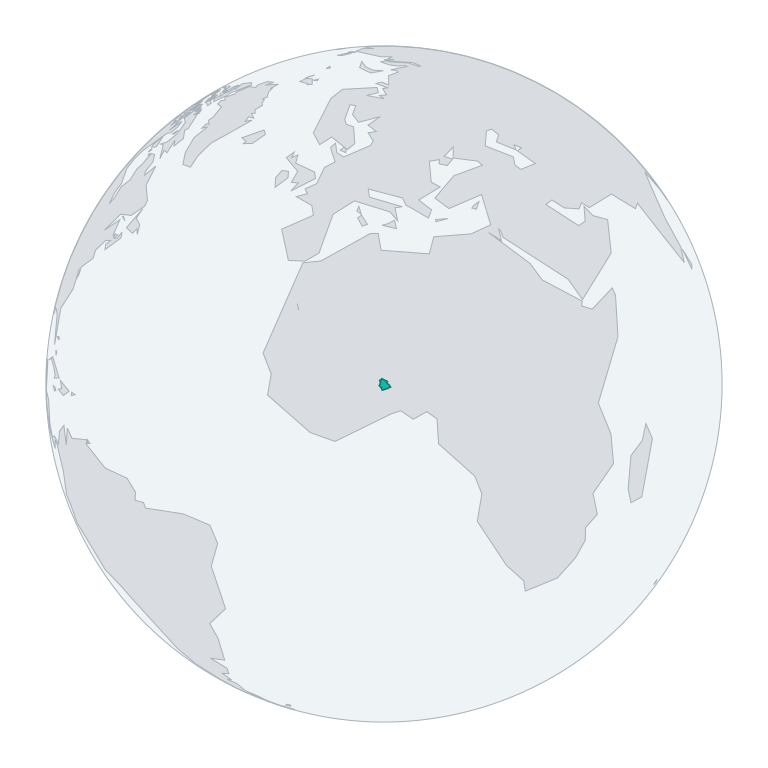 Alibori highlighted on a globe, orthographic projection, rotated 343°
{"feature_id": "BEN-2170", "entity_name": "Alibori", "entity_type": "Department", "adm_level": 1, "iso_a3": "BEN", "parent_name": "Benin", "parent_adm1": "", "projection": "orthographic", "projection_center": [2.909, 11.459], "detail": "fine", "context": "on_globe", "style": "filled", "palette": "teal", "viewbox_px": 768, "rotation_deg": 343, "n_neighbors": 0, "source": "natural_earth", "source_scale": "10m", "svg_char_len": 9892}
<svg xmlns="http://www.w3.org/2000/svg" viewBox="0 0 768 768"><g transform="rotate(343 384 384)"><circle cx="384" cy="384" r="338" fill="#eef3f6" stroke="#a8b0b8"/><path d="M284.8,61.0L263.3,68.7L269.2,66.7L259.5,71.4L262.7,71.2L255.2,74.4L264.2,71.7L270.5,68.9L276.5,67.0L279.0,67.0L269.8,70.7L267.3,71.2L265.9,72.4L260.2,74.4L264.4,73.4L253.0,78.6L267.8,73.7L261.7,78.0L253.2,81.5L249.6,80.8L220.9,90.6L211.2,95.7L201.1,102.7L191.6,115.4L182.7,122.0L174.0,131.1L180.8,127.1L190.1,118.7L200.8,114.5L210.9,105.9L216.7,103.3L228.9,95.6L231.8,97.5L228.1,103.9L218.1,110.8L216.1,114.3L229.5,108.9L214.7,124.2L211.4,139.4L207.0,144.0L191.5,148.9L181.8,144.6L161.7,155.1L179.5,149.6L168.3,162.7L168.4,165.8L171.8,166.4L177.9,162.2L175.1,167.5L156.5,173.9L158.7,169.1L164.6,166.8L159.9,165.4L147.3,171.6L142.6,178.7L128.5,183.7L125.0,189.2L120.0,194.0L126.5,184.6L114.5,202.2L97.1,217.0L80.4,250.1L91.7,222.2L92.6,217.1L92.1,215.1L89.1,220.3L92.4,213.2L105.9,192.0L120.9,171.9L137.4,153.0L155.2,135.3L174.3,119.0L194.6,104.2L215.9,90.9L238.1,79.2L261.1,69.2L284.8,61.0ZM65.9,269.9L69.0,261.8L69.7,262.4L59.2,291.3L58.7,300.9L52.9,324.0L51.4,337.9L53.7,337.4L55.2,346.1L59.9,334.2L65.8,330.0L62.3,349.4L68.3,333.6L69.7,344.7L83.6,350.5L81.6,354.4L92.8,382.9L110.6,398.9L114.7,414.5L112.0,422.5L119.4,427.1L119.6,432.9L154.3,449.7L176.2,468.1L178.3,488.0L165.5,507.7L166.8,552.6L147.3,562.1L151.0,579.3L150.9,601.5L137.9,595.5L150.7,609.9L150.9,615.6L144.9,613.5L151.7,622.3L147.7,620.5L156.0,627.8L161.4,636.3L173.6,646.8L180.5,653.5L188.8,659.5L187.0,658.4L188.3,659.5L192.3,662.3L160.3,637.3L159.2,636.3L158.4,635.5L153.7,631.3L142.2,619.6L143.8,621.6L122.1,596.5L109.3,576.8L79.7,514.3L73.4,500.1L63.2,480.2L49.8,426.2L49.2,407.9L48.1,397.3L51.9,373.4L53.7,346.4L53.1,341.3L50.7,349.6L51.2,328.5L55.1,307.4L56.8,299.5L65.9,269.9ZM75.2,261.0L75.1,283.3L70.4,281.8L72.1,279.4L73.2,271.2L73.4,262.2L70.7,262.8L75.2,261.0ZM85.7,245.5L85.4,243.2L86.4,244.1L85.7,245.5ZM226.5,95.2L227.7,95.4L224.8,96.7L226.5,95.2ZM230.7,91.9L226.6,93.3L227.9,92.0L230.5,91.2L230.7,91.9ZM235.5,90.6L230.9,89.6L233.4,87.4L245.2,82.6L235.5,90.6ZM271.4,68.1L264.8,71.0L268.0,68.8L271.4,68.1ZM271.9,67.2L273.1,64.9L284.0,61.3L281.4,62.4L293.7,58.5L298.4,57.7L292.7,59.7L284.8,62.0L292.7,60.1L271.9,67.2ZM279.2,66.1L278.4,65.6L287.8,62.3L291.0,62.7L287.0,63.6L279.2,66.1ZM302.6,56.0L308.0,54.8L311.7,54.0L299.5,57.4L294.6,58.1L302.6,56.0ZM286.1,64.3L292.4,63.1L290.2,64.8L280.5,66.4L286.1,64.3ZM288.9,61.5L293.5,60.0L292.0,60.9L288.9,61.5ZM286.0,71.3L284.9,70.1L289.7,68.2L286.0,71.3ZM294.9,62.5L295.6,62.0L297.4,61.3L301.0,60.9L294.9,62.5ZM304.5,56.6L305.4,56.7L309.8,55.0L314.4,54.5L305.4,57.1L311.2,55.8L312.7,55.7L303.7,58.0L304.5,56.6ZM310.0,58.6L300.1,62.6L301.1,64.8L296.8,66.4L296.0,62.7L310.0,58.6ZM307.1,58.0L307.9,58.6L302.2,60.0L298.1,60.4L307.1,58.0ZM320.8,53.5L316.1,53.6L318.2,53.1L320.8,53.5ZM311.4,58.9L313.7,58.0L312.1,58.8L311.4,58.9ZM319.2,54.7L317.2,54.6L319.7,54.0L319.2,54.7ZM320.1,56.4L316.9,57.6L314.0,57.7L320.1,56.4ZM320.6,55.4L324.5,54.6L314.9,57.1L319.3,55.4L320.6,55.4ZM321.9,54.1L322.7,53.8L322.3,54.3L321.9,54.1ZM332.9,55.7L321.5,58.8L315.1,58.9L327.0,55.8L332.9,55.7ZM193.1,662.8L189.5,660.1L203.0,668.8L203.5,669.6L197.0,665.5L193.1,662.8ZM196.2,662.5L197.6,661.9L200.8,663.8L200.6,664.8L196.2,662.5ZM707.1,284.9L708.7,291.1L704.9,278.9L695.5,257.5L696.7,269.1L701.2,307.3L707.8,339.4L706.7,355.7L690.4,314.2L679.2,285.1L675.8,289.9L657.0,268.9L631.8,275.3L626.0,268.4L621.7,273.5L608.1,268.4L598.4,257.1L591.2,259.6L616.5,289.5L624.0,287.1L627.2,272.6L633.1,284.1L645.9,292.2L639.6,325.1L598.5,361.3L590.8,337.8L540.8,278.6L540.3,271.2L539.9,270.5L539.1,269.1L538.2,281.3L528.4,269.8L559.0,311.6L565.7,330.7L597.9,362.9L595.8,367.1L605.1,373.3L630.4,358.8L631.3,366.9L621.6,407.1L583.4,464.9L586.4,498.1L580.2,527.2L551.9,549.7L549.9,571.0L534.7,580.3L530.7,592.4L516.0,606.4L493.0,620.2L458.6,623.4L460.0,613.0L448.1,593.2L433.1,542.6L445.5,517.6L443.9,498.6L418.7,457.2L424.5,432.8L416.8,423.0L401.6,426.2L392.3,414.5L382.7,414.6L320.4,424.6L299.3,408.9L269.4,360.6L279.1,341.4L277.4,319.1L341.9,244.3L359.5,247.9L414.9,236.1L422.5,238.3L420.3,255.2L465.3,272.8L474.7,257.8L511.2,265.9L532.6,263.0L532.7,231.3L497.4,235.2L487.0,221.1L511.8,205.2L542.0,203.6L538.9,198.3L516.2,188.1L519.5,177.5L508.0,184.0L515.4,188.9L508.3,193.6L501.1,189.5L502.6,185.6L492.5,184.2L488.2,204.8L495.3,212.0L471.0,218.2L480.4,231.3L475.1,238.3L457.2,219.1L456.2,211.6L425.9,192.9L424.8,201.1L453.3,219.8L446.0,218.7L444.8,231.7L440.0,221.1L409.2,200.2L384.8,206.9L360.1,239.8L344.6,243.4L328.7,237.9L331.4,206.0L365.8,202.0L367.2,192.2L354.9,179.2L366.4,179.6L365.6,174.3L378.1,172.8L390.4,159.5L402.2,157.4L402.0,142.2L408.1,139.5L406.5,148.9L411.7,155.1L440.7,152.0L444.8,148.5L442.3,139.2L450.5,140.2L444.4,131.8L458.6,127.2L436.2,126.3L432.7,117.1L438.4,109.7L433.2,106.9L423.9,119.3L423.8,124.6L430.1,129.2L426.3,145.6L417.5,149.1L406.2,132.5L392.5,136.3L389.8,123.2L416.7,95.4L430.5,90.1L464.0,98.4L463.8,103.7L451.6,103.0L467.5,111.2L464.0,106.8L470.8,108.2L469.2,101.1L474.0,101.8L464.3,94.3L469.9,94.5L476.0,99.2L478.5,90.4L488.9,89.9L487.2,87.7L482.3,85.5L498.8,87.1L496.8,85.5L490.6,84.2L482.6,80.4L474.8,74.9L480.9,75.7L484.5,77.8L501.4,84.2L510.2,90.6L511.9,90.5L505.7,85.2L485.2,77.3L478.7,73.8L488.6,76.7L484.5,75.4L483.3,74.0L487.7,73.6L476.9,70.3L454.6,57.6L461.0,56.9L472.3,60.2L463.2,55.7L469.1,57.0L492.6,64.0L515.6,72.8L537.9,83.2L559.4,95.1L579.9,108.6L599.4,123.6L617.7,140.0L634.9,157.6L650.7,176.4L665.0,196.4L677.9,217.3L689.3,239.1L699.0,261.7L707.1,284.9ZM324.6,281.8L323.9,288.5L324.6,281.8ZM577.6,218.8L593.2,217.4L579.7,199.9L584.6,198.3L578.3,193.3L578.7,198.7L562.2,185.3L566.6,179.1L561.4,171.8L555.9,172.0L550.4,185.9L574.1,204.6L573.2,212.8L577.6,218.8ZM84.1,350.5L85.4,355.0L82.8,354.1L84.1,350.5ZM67.3,289.0L68.4,290.7L68.2,294.4L66.9,294.3L67.3,289.0ZM82.9,300.6L85.4,303.8L81.7,303.7L82.9,300.6ZM75.6,286.3L80.8,298.8L73.9,301.2L71.0,293.7L74.4,294.2L75.6,286.3ZM80.2,255.5L80.4,257.7L78.7,260.8L80.2,255.5ZM86.5,246.3L86.0,246.2L87.0,243.1L86.5,246.3ZM169.4,162.2L170.8,161.9L173.1,163.6L169.8,165.0L169.4,162.2ZM196.9,160.3L191.8,168.9L193.1,163.3L187.5,166.3L183.4,159.2L204.6,145.9L195.7,152.8L196.9,160.3ZM183.8,147.3L184.0,152.4L182.9,147.4L183.8,147.3ZM348.9,150.0L354.8,152.7L352.5,158.7L337.4,164.1L340.6,155.1L348.9,150.0ZM363.7,155.4L356.8,139.0L365.9,136.0L362.0,140.3L368.7,139.9L364.1,146.9L379.6,161.0L378.6,167.5L351.3,172.2L360.8,166.7L354.4,164.0L363.7,155.4ZM323.0,111.7L320.1,107.0L343.6,106.0L343.6,110.6L328.6,115.5L319.7,113.0L323.0,111.7ZM257.2,83.4L254.5,83.5L257.1,82.2L261.4,81.1L257.2,83.4ZM285.1,70.9L271.3,82.6L267.6,83.0L263.9,90.7L252.7,95.0L255.4,89.7L244.1,99.4L242.1,96.3L235.5,103.1L242.8,90.7L240.5,89.2L247.3,89.1L257.6,85.0L261.4,82.8L270.5,75.7L270.7,71.4L281.0,67.5L288.3,66.0L289.8,66.4L282.6,68.5L289.8,67.6L280.6,71.2L285.1,70.9ZM366.8,63.3L357.8,63.4L370.7,66.4L361.5,68.2L363.6,68.5L358.7,71.3L356.3,75.4L351.5,75.9L352.6,77.4L349.4,79.6L349.3,82.0L340.7,84.0L340.0,87.3L336.3,86.5L337.3,91.7L332.7,88.9L328.1,92.2L335.0,93.2L288.8,103.2L273.0,111.3L262.2,120.0L255.8,115.2L261.7,104.6L274.3,92.9L290.4,86.5L284.6,86.1L290.6,83.1L292.7,84.7L293.1,80.6L298.6,78.8L309.7,71.4L306.8,67.7L310.9,65.4L314.7,65.9L316.0,63.3L326.1,63.0L329.2,61.5L342.2,60.2L347.9,62.9L350.9,61.1L361.0,60.7L366.8,63.3ZM336.5,55.4L345.4,57.1L344.8,59.2L322.4,60.7L318.2,62.1L303.8,64.2L305.0,61.3L309.0,60.9L313.2,59.9L311.1,61.2L315.9,59.4L321.6,59.0L326.8,57.6L328.3,58.4L336.5,55.4ZM428.6,231.6L434.0,231.9L442.0,230.5L441.3,239.1L428.6,231.6ZM407.4,217.4L411.9,216.0L414.8,226.5L409.2,226.6L407.4,217.4ZM411.9,206.9L411.9,215.1L408.6,210.7L411.9,206.9ZM410.4,147.5L415.0,146.0L416.4,148.1L415.1,151.6L410.4,147.5ZM402.9,76.4L397.9,75.2L398.6,74.3L392.0,70.2L398.2,69.0L404.7,71.1L402.9,76.4ZM528.1,237.3L523.4,243.9L519.5,241.4L521.9,239.6L528.1,237.3ZM481.4,241.7L493.3,244.5L481.1,244.0L481.4,241.7ZM408.6,74.5L405.1,72.8L410.4,73.3L408.6,74.5ZM402.4,68.1L408.2,68.3L398.2,68.5L402.4,68.1ZM588.1,650.6L585.7,653.3L583.1,654.6L588.1,650.6ZM624.7,514.7L597.6,567.3L585.5,569.7L586.8,555.8L599.2,524.7L614.4,513.6L622.9,498.5L624.7,514.7ZM708.7,342.1L713.3,359.7L712.0,364.1L708.7,342.1ZM457.0,69.0L459.4,75.4L465.2,80.7L475.0,84.2L462.2,82.7L453.2,74.4L457.0,69.0ZM454.3,58.6L445.7,56.5L448.6,56.4L450.9,56.8L454.3,58.6ZM449.7,58.1L440.7,57.8L435.3,56.1L443.5,56.6L449.7,58.1ZM425.0,64.3L425.2,66.1L420.9,65.4L425.0,64.3ZM436.0,50.1L445.8,51.8L442.4,51.3L435.8,50.1L436.0,50.1Z" fill="#d9dde1" stroke="#a8b0b8" stroke-width="1"/><path d="M388.0,382.6L387.8,382.7L387.4,383.4L387.4,383.7L387.3,383.8L387.2,384.1L387.3,384.4L388.4,385.9L388.5,386.0L388.6,386.3L388.7,386.5L388.8,386.7L388.9,387.2L388.9,387.4L388.8,387.7L388.8,387.8L388.8,388.0L389.0,388.1L389.0,388.3L389.3,388.4L389.3,388.6L389.4,388.9L387.2,389.1L385.8,389.4L384.4,389.5L383.5,389.4L383.2,389.3L382.3,389.5L381.4,389.4L381.1,389.5L380.8,389.5L380.5,389.5L380.2,389.5L380.3,389.5L380.2,387.6L380.3,387.5L380.3,387.4L380.5,387.2L380.8,386.9L380.6,386.8L380.5,386.7L380.4,386.7L380.0,386.2L378.9,384.2L379.6,383.4L380.0,383.0L380.3,382.9L380.4,382.7L380.5,382.4L380.7,382.1L380.8,382.0L381.0,381.4L380.9,381.3L380.9,381.2L381.0,381.1L381.2,380.9L381.3,380.9L381.3,380.7L381.2,380.7L380.9,380.0L380.8,379.6L380.9,379.4L381.0,379.3L381.3,379.3L381.4,379.2L381.5,379.3L381.5,379.2L381.8,379.2L382.1,379.1L382.3,379.1L382.6,379.1L382.7,378.9L382.8,378.8L382.9,378.7L382.9,378.8L383.0,378.8L383.0,378.7L383.4,378.6L383.6,378.5L383.9,378.7L384.0,378.8L384.2,379.0L384.3,379.1L384.5,379.2L384.7,379.3L384.9,379.7L385.9,380.6L386.0,380.7L386.0,380.8L386.0,381.0L386.2,381.3L386.3,381.4L386.4,381.5L386.5,381.5L386.7,381.4L386.8,381.5L387.1,381.6L387.3,381.7L387.4,381.8L387.6,382.1L387.8,382.3L387.9,382.5L388.0,382.6Z" fill="#14b8a6" stroke="#0f766e" stroke-width="1.5"/></g></svg>